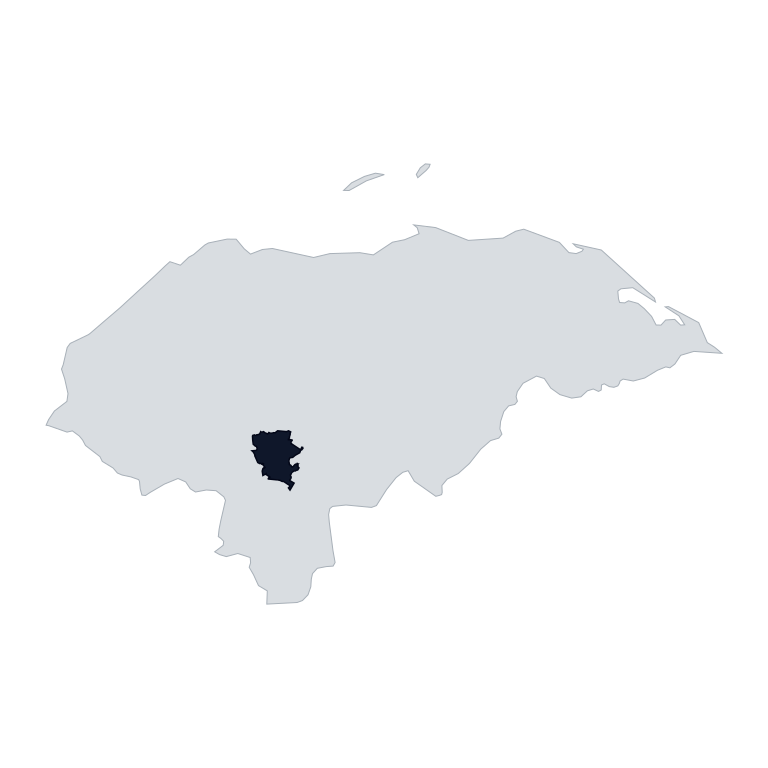 Distrito Central, Francisco Morazán, Honduras shown in context
{"feature_id": "27666195B1179860840093", "entity_name": "Distrito Central", "entity_type": "district", "adm_level": 2, "iso_a3": "HND", "parent_name": "Honduras", "parent_adm1": "Francisco Morazán", "projection": "robinson", "projection_center": [-87.243, 14.133], "detail": "fine", "context": "in_parent", "style": "filled", "palette": "ink", "viewbox_px": 768, "rotation_deg": 0, "n_neighbors": 0, "source": "geoboundaries", "source_scale": "gbopen_adm2", "svg_char_len": 7005}
<svg xmlns="http://www.w3.org/2000/svg" viewBox="0 0 768 768"><path d="M721.9,353.3L693.9,351.4L680.7,355.3L674.9,364.0L669.9,367.8L665.8,366.9L657.4,370.3L644.7,378.0L633.3,381.0L623.1,379.1L620.1,381.0L619.3,383.5L617.8,385.9L613.9,387.3L609.3,386.6L604.2,383.8L601.5,385.0L601.2,390.0L598.5,391.4L593.3,389.0L587.4,390.8L580.9,396.8L571.7,398.1L559.9,394.6L550.8,388.1L544.3,378.5L536.5,376.1L523.0,383.3L517.3,391.6L516.1,396.7L517.4,401.3L514.9,404.4L508.6,405.9L503.8,411.6L500.6,421.4L499.9,428.9L501.9,434.2L498.8,438.1L490.5,440.6L480.8,449.1L469.5,463.4L458.3,473.5L447.2,479.1L441.9,485.5L442.2,492.4L441.6,494.6L439.4,495.4L435.8,496.3L414.3,481.2L408.1,470.7L402.8,472.3L396.1,477.6L386.6,489.5L376.4,505.6L371.5,507.4L346.0,505.0L332.6,506.4L329.8,508.6L328.6,514.5L329.3,522.4L333.0,550.8L335.1,562.5L333.1,566.1L326.2,566.6L317.3,568.3L312.5,573.6L311.3,579.1L310.8,586.8L308.0,594.8L302.5,600.5L297.1,602.5L266.8,604.1L267.3,590.9L258.5,585.6L253.5,574.7L249.2,567.3L250.6,562.8L250.2,557.5L237.8,553.5L226.3,556.6L219.6,554.6L214.7,551.8L223.2,545.3L223.7,541.3L221.0,538.5L218.3,536.6L219.1,529.2L220.8,520.6L225.5,500.3L223.8,496.8L216.1,490.7L206.3,490.0L195.5,492.0L190.3,488.8L185.7,481.9L178.0,478.5L164.4,484.1L150.0,492.5L145.5,495.5L141.9,495.1L140.2,488.9L139.5,481.4L138.6,479.6L130.9,476.9L122.0,475.0L117.4,473.0L113.1,468.0L102.3,461.4L99.9,456.6L85.5,445.5L82.6,440.0L79.3,436.0L72.4,430.9L67.0,432.1L48.8,425.7L46.1,425.2L48.6,419.6L54.4,411.0L66.9,401.4L68.0,393.6L64.7,378.8L61.5,369.1L63.2,364.8L67.2,347.5L70.2,343.4L88.3,334.7L90.0,333.5L104.3,321.2L120.2,307.6L136.6,292.5L155.0,275.7L165.2,265.9L169.9,261.7L180.4,265.2L188.8,257.2L193.6,254.6L204.8,245.0L208.3,243.0L227.1,239.1L236.2,239.2L244.2,248.8L250.5,254.1L262.4,249.5L272.4,248.5L313.6,257.5L329.9,253.6L359.9,252.7L373.4,254.9L392.5,242.2L404.7,239.7L419.1,233.7L417.2,227.7L413.7,224.9L435.7,227.6L468.3,240.4L503.1,238.1L515.7,231.2L523.8,229.2L559.4,242.4L568.9,252.6L576.2,253.6L581.9,251.3L583.4,249.2L576.4,246.9L573.2,243.8L601.3,250.0L654.4,298.1L655.5,302.0L632.8,287.7L620.9,288.8L617.8,291.1L618.5,298.9L619.6,302.5L624.7,302.9L628.5,300.8L637.9,303.4L644.1,308.5L651.6,316.4L656.1,325.0L661.0,325.1L665.7,320.0L674.7,319.4L680.6,325.1L684.7,324.8L678.9,315.8L665.2,306.9L668.5,306.6L698.7,322.6L707.3,342.6L714.5,347.2L721.9,353.3ZM366.5,180.8L349.1,190.5L343.6,190.4L351.6,182.8L364.5,176.4L375.4,173.2L384.3,174.6L366.5,180.8ZM426.1,170.5L417.8,177.7L416.3,174.4L420.3,167.8L425.3,163.9L430.1,164.3L429.0,167.2L426.1,170.5Z" fill="#d9dde1" stroke="#a8b0b8" stroke-width="1"/><path d="M252.0,450.8L253.2,451.9L254.6,454.2L254.6,454.3L254.6,454.5L254.8,454.8L254.9,455.0L255.0,455.1L255.0,455.3L254.8,455.6L254.8,455.9L255.0,456.2L257.8,462.6L258.1,462.7L258.5,462.8L258.8,462.9L258.9,463.2L259.0,463.3L259.7,463.6L259.8,463.6L260.0,463.5L260.6,463.3L261.0,463.4L261.1,463.6L261.2,463.8L261.3,463.9L261.5,463.9L261.6,464.1L261.8,464.1L262.0,464.2L262.3,463.8L262.3,463.6L262.4,463.4L262.5,463.4L262.6,463.5L262.8,463.5L263.2,463.6L263.5,463.7L263.5,463.8L263.4,463.9L263.3,464.1L263.3,464.4L263.2,464.5L263.3,464.7L263.3,464.8L263.1,465.0L265.0,467.4L265.0,467.5L264.9,467.6L264.6,467.9L264.3,468.0L264.2,468.0L264.0,467.9L263.8,467.9L263.8,468.0L263.6,468.1L263.5,468.3L263.4,468.4L263.2,468.3L262.9,468.6L262.2,471.1L262.9,475.5L266.1,473.7L266.0,474.4L266.1,474.6L267.7,475.5L267.8,475.7L268.1,475.7L268.5,476.1L269.0,476.3L269.3,476.4L269.4,476.5L269.5,476.6L269.5,476.8L269.9,477.1L269.6,477.3L269.4,477.5L269.1,477.5L268.9,477.5L268.8,477.8L268.7,477.9L268.5,478.1L268.4,478.4L268.2,478.7L268.2,478.8L268.3,479.0L276.3,479.8L277.9,479.9L279.4,480.3L279.7,480.3L280.0,480.3L281.2,481.0L281.5,481.1L281.8,481.3L282.2,481.4L283.0,481.5L283.3,481.4L283.6,481.4L283.7,481.5L288.0,484.4L288.4,484.5L288.7,484.6L288.8,484.7L288.9,484.8L289.0,484.8L289.2,485.0L289.2,485.3L289.3,485.4L289.5,485.5L289.6,485.9L289.6,486.1L289.6,486.3L289.4,486.8L289.3,487.1L289.2,487.3L288.9,487.5L288.7,487.6L288.5,487.8L288.4,487.9L290.0,490.1L294.1,483.1L289.7,480.5L289.7,480.4L289.7,480.2L289.9,480.0L289.9,479.9L290.3,479.2L290.6,478.9L290.8,478.6L290.9,478.2L291.0,478.0L291.0,477.9L291.1,477.6L291.1,477.3L291.1,477.2L291.1,476.8L290.9,476.6L290.7,476.3L290.6,476.0L290.6,475.7L290.4,475.2L290.4,474.9L290.6,474.7L290.8,474.4L291.0,474.3L291.1,473.9L291.3,473.6L291.4,473.1L291.6,472.9L291.8,472.6L292.0,472.4L292.0,472.5L292.1,472.3L292.2,472.2L292.7,471.9L293.2,471.5L293.5,471.3L293.7,471.2L293.9,471.0L294.0,470.9L295.5,470.9L296.3,470.3L297.7,470.0L299.0,467.9L297.4,466.0L297.2,465.7L297.3,465.5L297.5,465.3L297.7,465.2L297.8,465.0L298.0,465.1L298.0,464.8L297.9,464.6L298.0,464.4L297.9,464.1L298.0,464.0L297.9,464.0L297.8,463.9L297.7,463.8L297.6,463.7L297.4,463.7L297.2,463.5L297.0,463.9L296.9,463.9L296.8,464.0L296.7,464.0L296.4,464.1L296.2,464.1L295.8,464.1L295.6,464.2L295.4,464.3L295.2,464.5L294.9,464.6L293.0,466.7L292.9,466.7L292.5,466.8L292.2,467.0L291.8,466.9L290.9,465.4L290.6,465.2L290.4,465.0L290.1,464.9L289.8,464.8L289.7,464.7L289.4,464.6L289.3,464.2L289.3,463.4L288.8,461.0L289.4,458.7L290.1,457.7L292.7,457.4L295.2,455.3L299.8,452.7L299.9,452.2L300.0,451.9L300.2,451.6L300.2,451.4L300.3,451.2L300.5,450.5L300.6,450.4L300.8,450.2L301.0,450.2L301.6,449.9L301.8,449.8L302.1,449.4L302.3,449.0L302.5,448.9L302.9,448.5L302.7,447.4L301.8,447.2L300.6,449.8L291.7,443.9L291.6,443.7L291.4,443.8L291.2,443.9L291.0,443.6L291.0,443.4L290.9,443.1L291.0,443.0L291.0,442.8L290.9,442.4L290.9,442.2L291.0,441.9L291.1,441.7L291.2,441.4L291.9,440.8L292.0,440.6L292.2,440.3L292.2,440.1L291.8,439.9L291.5,439.9L291.2,439.9L290.6,439.8L290.4,439.8L290.2,439.6L289.7,439.6L289.3,439.8L289.1,439.7L288.7,439.7L288.4,439.7L288.4,439.4L288.3,439.2L288.6,438.9L288.9,438.7L288.9,438.4L289.3,438.1L289.4,437.9L289.4,437.4L289.4,437.2L289.4,436.9L289.4,436.7L289.6,436.3L289.8,435.8L289.9,435.4L290.0,434.9L290.1,434.7L290.2,434.1L290.1,433.7L290.7,431.9L288.5,430.8L286.6,431.6L277.6,430.8L276.3,431.8L275.1,432.8L273.3,432.7L272.2,433.2L269.9,433.1L268.9,432.5L267.8,433.9L264.9,432.8L264.3,432.2L264.2,432.2L263.9,431.9L263.6,431.7L263.4,431.6L263.0,431.8L262.9,431.9L262.3,432.1L262.1,432.1L261.9,432.1L261.5,432.1L261.0,431.9L260.8,431.8L260.7,431.7L259.8,433.7L259.7,433.8L259.7,434.1L259.4,434.3L259.0,434.3L258.9,434.3L258.7,434.4L258.5,434.5L258.4,434.5L258.2,434.6L257.9,434.6L257.7,434.8L257.3,434.8L257.1,434.9L256.9,434.8L256.6,434.8L256.3,435.0L256.1,435.3L255.9,435.4L255.7,435.4L255.4,435.3L255.2,435.3L254.8,435.2L254.5,435.0L254.4,434.9L253.9,435.1L253.2,435.2L252.9,435.3L252.8,435.5L252.7,435.7L252.6,435.8L252.5,436.0L252.5,436.3L252.7,440.1L253.2,444.0L253.3,444.2L253.3,444.4L253.4,444.5L253.6,444.6L254.0,444.9L254.2,445.1L254.4,445.2L254.7,445.5L254.8,445.7L255.1,445.9L255.3,446.1L255.6,446.1L255.8,446.2L256.0,446.2L256.2,446.3L256.3,446.3L256.3,446.5L256.5,446.6L256.7,446.9L257.2,449.1L256.3,450.4L252.0,450.8L252.0,450.8Z" fill="#0f172a" stroke="#020617" stroke-width="1.5"/></svg>